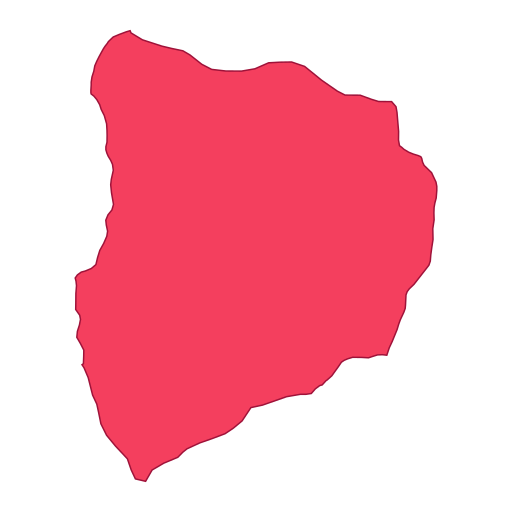 outline of Tsenkhar, Lhuntshi, Bhutan
{"feature_id": "84629894B20725193756290", "entity_name": "Tsenkhar", "entity_type": "district", "adm_level": 2, "iso_a3": "BTN", "parent_name": "Bhutan", "parent_adm1": "Lhuntshi", "projection": "robinson", "projection_center": [91.225, 27.467], "detail": "fine", "context": "isolated", "style": "filled", "palette": "rose", "viewbox_px": 512, "rotation_deg": 0, "n_neighbors": 0, "source": "geoboundaries", "source_scale": "gbopen_adm2", "svg_char_len": 2304}
<svg xmlns="http://www.w3.org/2000/svg" viewBox="0 0 512 512"><path d="M82.0,364.7L84.0,367.7L88.2,377.6L92.6,395.1L96.8,404.1L98.6,412.4L100.9,423.8L106.6,435.3L115.6,446.2L127.4,458.8L131.2,469.9L135.4,478.9L145.6,481.3L152.1,470.0L163.7,463.2L177.8,457.3L182.8,452.2L187.0,448.8L199.8,442.9L211.8,438.7L225.1,433.7L233.4,428.1L242.1,420.9L250.9,407.6L262.5,405.1L286.5,396.7L300.5,394.3L305.9,394.3L311.3,393.5L315.4,388.8L319.7,385.6L322.2,384.9L326.1,380.6L327.0,380.1L331.8,375.8L334.3,372.3L338.2,366.9L341.4,362.2L344.2,360.3L347.7,358.8L352.6,357.3L361.4,357.4L368.5,357.8L372.7,356.4L377.5,354.9L382.3,354.7L384.3,354.9L386.8,355.2L389.3,347.7L392.2,341.5L397.1,329.5L398.7,324.2L400.3,319.8L403.8,312.3L405.2,308.4L405.5,305.1L406.0,294.9L407.2,291.6L409.3,288.8L414.0,284.3L425.8,269.2L428.9,265.2L430.3,261.1L430.8,254.8L431.8,247.4L433.0,239.7L433.0,238.3L432.8,228.7L434.1,219.9L433.9,212.8L434.1,207.4L434.9,202.9L436.2,198.0L436.8,190.4L436.8,186.4L436.0,182.1L434.4,178.7L432.9,175.5L431.6,172.7L427.3,168.5L424.1,165.4L422.6,162.2L421.7,158.3L420.8,156.7L418.3,155.6L413.4,154.1L408.7,152.2L403.9,149.3L401.7,147.3L399.5,145.7L398.5,140.0L398.6,131.4L397.6,119.6L397.0,112.4L396.0,106.7L391.6,101.6L387.9,101.6L378.6,101.5L371.4,99.3L360.2,95.2L345.1,95.1L337.3,91.1L321.6,80.2L304.6,66.4L291.6,62.0L279.6,62.2L268.6,62.8L254.9,68.8L241.5,71.1L225.7,71.0L211.7,69.4L201.8,64.3L189.9,54.9L182.9,50.8L171.9,48.5L161.8,46.1L142.4,39.8L131.0,32.9L130.1,30.7L126.3,31.8L119.1,34.5L113.2,37.0L111.5,38.6L108.4,41.6L107.3,43.4L105.1,46.2L103.5,48.6L101.0,53.1L99.0,56.8L96.7,61.4L94.8,65.8L93.8,71.2L92.0,76.9L91.2,82.2L91.2,85.0L90.9,90.2L90.9,92.5L91.1,93.9L93.9,96.1L96.8,99.6L99.7,104.7L101.2,109.4L104.3,115.6L106.6,123.8L107.0,130.4L107.1,135.3L107.0,142.2L105.9,146.7L105.9,149.8L106.9,153.2L108.3,156.4L110.7,160.3L112.5,164.4L113.3,170.3L111.3,179.4L110.7,184.8L111.5,192.7L113.5,204.4L111.9,210.0L108.0,214.8L105.8,220.2L106.3,225.0L107.6,231.2L106.8,236.3L103.7,243.4L99.8,250.4L97.6,257.5L95.9,264.6L91.3,268.5L85.3,271.0L81.2,272.1L77.4,274.9L75.2,278.0L76.0,281.1L76.5,285.7L75.9,293.3L75.8,303.5L75.7,309.5L79.7,315.2L80.5,319.4L79.4,325.1L77.4,331.3L76.8,337.3L80.3,343.3L83.8,350.1L83.7,356.3L83.4,363.7L82.0,364.7Z" fill="#f43f5e" stroke="#9f1239" stroke-width="1.5"/></svg>